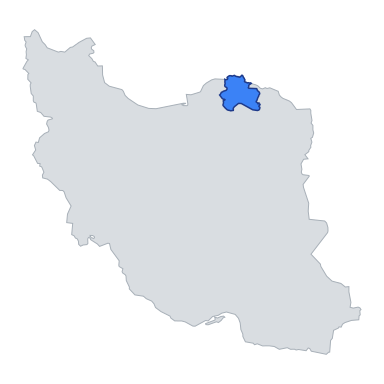 North Khorasan on a map of Iran (Albers equal-area conic projection)
{"feature_id": "IRN-3246", "entity_name": "North Khorasan", "entity_type": "Province", "adm_level": 1, "iso_a3": "IRN", "parent_name": "Iran", "parent_adm1": "", "projection": "albers", "projection_center": [57.06, 37.45], "detail": "fine", "context": "in_parent", "style": "filled", "palette": "blue", "viewbox_px": 384, "rotation_deg": 0, "n_neighbors": 0, "source": "natural_earth", "source_scale": "10m", "svg_char_len": 5302}
<svg xmlns="http://www.w3.org/2000/svg" viewBox="0 0 384 384"><path d="M186.3,94.4L191.0,94.8L199.8,92.1L200.6,91.5L203.4,85.6L206.4,83.0L211.6,79.9L215.0,78.9L226.7,79.5L227.6,77.1L229.6,75.9L242.2,76.6L244.2,78.4L245.0,81.8L255.6,84.8L257.8,85.8L260.4,88.3L262.6,88.9L265.3,87.7L267.0,88.5L269.8,87.8L278.2,91.3L279.4,95.1L280.9,96.8L282.8,98.3L289.5,101.1L291.5,102.7L296.5,109.5L309.9,108.9L310.8,110.3L310.8,113.3L312.0,120.5L311.1,123.1L312.9,125.4L312.9,129.9L313.7,133.0L312.4,137.4L310.8,138.3L311.9,142.1L310.6,145.8L310.9,147.2L308.8,150.4L308.8,151.6L304.9,154.7L308.0,158.8L303.6,159.3L301.0,163.9L301.9,169.3L301.3,172.1L301.8,173.7L303.0,174.7L309.0,175.5L309.2,176.3L303.1,184.4L303.5,187.4L308.7,203.2L308.2,211.2L309.2,219.3L324.7,221.0L326.6,223.0L327.9,227.5L328.0,230.9L327.6,232.6L311.0,254.2L320.4,264.1L320.8,266.4L326.7,276.2L332.0,281.1L341.0,283.5L345.3,287.0L348.9,286.6L348.9,291.8L350.9,302.4L350.1,307.3L353.3,308.1L358.1,307.1L359.9,307.9L361.0,309.6L359.8,310.7L360.2,314.9L359.1,315.8L358.8,319.8L351.5,320.4L344.9,322.6L342.5,324.2L341.2,327.1L339.0,326.9L338.3,328.1L333.6,330.3L332.3,338.4L330.6,340.4L329.7,352.1L328.6,352.2L326.3,354.3L311.3,351.2L309.7,348.5L308.2,348.0L306.1,350.7L298.6,349.5L296.1,350.0L294.5,349.2L290.5,349.3L287.3,347.7L279.3,349.3L274.3,346.5L269.0,345.8L262.5,345.9L257.3,343.8L254.5,344.7L253.2,343.2L245.4,341.8L242.9,336.6L242.8,334.0L240.9,329.6L240.2,323.0L238.5,318.3L235.2,314.4L226.4,312.0L221.7,313.2L218.3,315.3L212.6,316.5L208.2,320.9L205.6,320.5L195.1,326.2L192.9,326.1L185.2,321.9L181.8,321.0L174.7,320.9L170.9,318.1L170.0,316.1L161.0,311.6L155.5,307.5L154.0,303.8L151.7,301.1L146.3,298.7L143.4,296.2L134.9,294.9L129.3,288.9L129.4,287.1L126.3,280.6L126.0,276.0L125.3,274.8L122.5,272.8L122.1,271.5L122.9,268.7L119.2,266.6L118.8,265.2L119.2,260.8L110.9,249.5L109.5,243.5L107.9,243.2L99.6,246.4L97.4,244.0L90.7,239.7L89.9,238.2L91.7,237.6L93.4,238.5L94.5,237.8L94.2,236.4L92.5,235.5L90.1,235.4L90.7,236.6L88.4,237.6L87.7,239.0L87.9,243.4L86.9,244.6L83.1,245.0L80.6,246.2L78.7,244.4L78.4,241.1L77.3,238.9L75.4,238.0L74.1,235.8L71.7,234.6L72.7,223.4L66.7,222.6L67.5,214.1L71.1,206.0L66.1,197.8L64.1,191.8L62.7,190.5L59.7,190.4L50.6,181.5L47.4,179.1L42.7,177.9L42.4,175.1L43.9,172.2L42.2,168.0L41.6,166.8L39.7,166.1L40.1,163.6L37.6,163.4L33.8,156.0L32.5,154.8L35.7,150.0L34.4,145.5L36.0,142.1L38.3,142.5L39.6,137.8L44.5,133.5L48.4,131.8L49.0,130.3L48.5,127.6L46.6,124.0L47.2,121.3L48.1,120.0L52.2,118.9L52.5,118.3L50.7,117.1L44.0,116.3L40.7,112.5L37.3,111.3L36.2,103.7L35.7,102.8L34.1,102.3L33.3,100.9L33.3,96.0L31.2,93.5L30.2,86.1L30.3,84.3L31.1,82.9L27.8,79.3L27.9,74.5L28.8,73.5L25.0,69.5L23.2,69.0L23.0,68.4L26.9,61.4L28.3,59.9L25.9,58.4L26.4,54.8L26.1,51.7L26.7,48.8L25.4,46.5L25.1,45.1L26.1,42.0L24.7,40.2L24.2,36.7L30.4,36.6L32.2,31.6L34.6,29.7L38.1,32.7L42.3,41.8L45.2,44.7L47.2,47.8L58.3,52.1L60.9,51.4L64.8,52.1L70.3,47.4L72.6,47.0L79.0,42.4L86.6,38.3L90.4,37.9L95.2,44.5L91.9,46.1L91.3,47.5L91.5,49.0L93.8,50.8L93.9,52.6L93.0,53.3L89.7,54.0L88.7,55.6L91.9,58.7L93.3,61.3L95.1,62.0L97.7,66.0L102.4,65.9L102.6,75.0L104.6,82.6L109.3,86.2L121.9,89.6L123.3,91.2L125.1,95.4L128.2,98.5L137.9,105.0L148.7,108.4L156.1,108.7L183.5,103.2L186.0,103.3L181.9,104.8L183.4,105.6L186.9,105.7L187.7,105.1L187.9,104.0L186.3,94.4ZM223.1,317.9L221.2,320.4L218.5,322.5L216.4,321.8L208.1,324.8L205.9,324.6L205.6,323.6L214.8,320.1L215.2,319.1L214.7,317.2L217.6,318.0L220.9,316.5L223.6,316.1L224.8,317.2L223.1,317.9Z" fill="#d9dde1" stroke="#a8b0b8" stroke-width="1"/><path d="M241.9,75.3L242.1,75.3L242.5,75.4L242.7,75.6L242.7,75.8L242.8,76.0L243.2,76.7L243.5,77.4L243.7,77.7L244.2,78.3L244.4,79.0L244.8,79.5L244.9,79.9L244.8,80.2L244.5,81.4L244.9,81.9L247.4,82.9L247.7,82.9L247.9,82.8L248.2,82.7L248.5,82.8L249.4,83.0L250.2,83.0L250.4,82.9L250.7,82.9L250.9,83.1L251.1,83.2L251.3,83.4L249.4,84.7L248.7,85.3L248.8,86.3L248.6,87.1L248.3,87.8L248.9,88.3L256.6,88.6L256.9,89.0L257.1,89.7L257.5,90.6L259.1,92.0L259.6,93.0L259.7,93.8L259.3,94.5L258.9,95.1L258.7,95.5L258.7,95.9L258.5,96.5L257.9,97.4L256.9,100.4L256.2,101.3L256.3,102.1L257.2,102.6L257.7,103.2L258.0,103.8L258.4,103.7L258.7,103.0L258.9,102.9L259.1,103.5L259.4,104.0L260.0,104.3L260.0,104.8L259.0,105.9L258.9,106.5L259.2,106.8L259.8,107.2L259.9,107.8L259.4,109.5L258.7,110.1L257.4,110.5L252.7,109.8L241.3,103.5L238.5,103.4L234.4,106.7L233.4,108.0L233.2,109.0L233.4,109.8L233.3,110.4L230.7,110.8L229.8,110.5L228.2,110.2L227.2,109.8L225.3,108.1L223.3,105.8L223.0,105.2L223.0,104.7L223.4,103.4L223.5,102.0L223.4,101.4L223.3,101.2L223.2,101.0L223.3,100.7L223.7,100.4L224.7,100.1L224.9,99.6L224.1,99.2L223.4,99.3L222.2,98.5L219.6,95.0L220.2,94.5L221.4,92.3L222.7,91.8L223.2,91.3L223.7,91.1L224.2,91.0L226.2,90.3L227.1,89.0L226.8,87.7L226.1,87.2L225.3,86.8L224.8,86.1L224.7,85.1L225.1,83.7L225.1,83.2L224.9,82.3L224.9,81.6L225.0,80.9L224.9,79.4L225.4,79.7L225.7,79.7L227.1,79.5L227.4,79.3L227.6,78.9L227.7,78.5L227.6,78.2L227.1,77.6L227.2,77.3L228.3,76.4L228.9,76.0L229.5,75.7L231.0,75.7L231.3,75.8L231.6,75.9L231.8,76.1L232.0,76.2L232.3,76.1L233.6,75.6L234.4,75.4L234.6,75.4L235.2,76.0L235.8,76.3L236.1,76.4L238.6,76.9L239.3,77.2L239.6,77.2L239.9,77.1L240.2,76.8L240.7,76.5L240.9,76.3L241.3,75.7L241.5,75.5L241.7,75.3L241.9,75.3Z" fill="#3b82f6" stroke="#1e3a8a" stroke-width="1.5"/></svg>